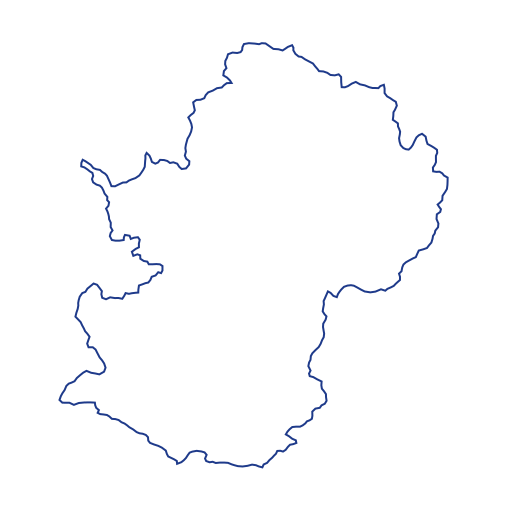 the district of Itabira, Minas Gerais, Brazil, rotated 274°
{"feature_id": "56859067B16136879944299", "entity_name": "Itabira", "entity_type": "district", "adm_level": 2, "iso_a3": "BRA", "parent_name": "Brazil", "parent_adm1": "Minas Gerais", "projection": "robinson", "projection_center": [-43.301, -19.603], "detail": "fine", "context": "isolated", "style": "outline", "palette": "blue", "viewbox_px": 512, "rotation_deg": 274, "n_neighbors": 0, "source": "geoboundaries", "source_scale": "gbopen_adm2", "svg_char_len": 5993}
<svg xmlns="http://www.w3.org/2000/svg" viewBox="0 0 512 512"><g transform="rotate(274 256 256)"><path d="M422.8,378.9L424.4,375.6L427.5,372.9L432.0,372.6L435.7,371.6L434.2,368.2L432.0,366.4L431.9,363.5L431.7,360.6L432.3,357.1L433.8,352.7L434.5,347.8L436.6,343.4L434.7,339.6L431.9,335.9L430.5,332.9L430.4,329.7L435.2,328.9L440.6,328.4L443.0,325.8L441.7,322.0L441.8,317.6L443.7,314.4L444.8,310.3L444.8,306.0L446.9,304.2L449.5,301.6L452.0,299.4L453.7,295.5L455.6,291.2L457.8,287.5L458.0,284.6L460.4,281.2L463.8,278.9L466.4,278.8L468.8,277.3L466.8,273.2L464.7,270.6L462.9,268.2L463.8,264.1L463.8,258.9L466.3,254.7L468.7,250.7L468.7,246.9L467.5,244.3L467.8,240.0L467.8,234.0L466.6,229.2L463.4,227.9L460.5,227.8L458.3,226.4L457.2,223.1L457.3,218.4L455.3,214.0L451.7,213.2L448.5,211.8L445.1,211.8L441.3,213.4L438.3,211.1L433.9,210.8L432.0,214.6L429.3,217.8L426.9,219.5L426.4,214.8L424.1,212.1L421.7,210.1L420.7,205.4L418.0,201.4L415.9,196.9L413.0,194.6L409.8,193.4L408.0,189.7L407.5,185.6L404.9,182.6L400.8,183.7L397.1,184.8L394.4,183.7L392.0,181.0L389.5,178.8L386.5,180.7L383.2,182.3L379.8,183.2L375.6,182.6L371.8,181.3L368.2,179.5L364.7,178.8L362.1,178.3L358.7,178.0L355.2,178.8L351.2,178.0L348.2,179.6L345.9,182.9L342.5,182.9L338.5,180.1L337.6,175.8L339.5,173.3L342.6,171.0L343.7,167.0L342.8,163.7L344.6,160.9L345.3,157.6L345.2,153.6L342.4,151.7L341.1,149.1L342.6,145.6L345.8,144.3L348.7,142.7L351.2,139.7L348.6,138.6L345.8,138.9L343.0,138.8L337.2,138.8L334.1,137.5L331.1,135.8L328.2,134.0L325.3,130.3L323.8,126.8L322.4,124.0L320.4,121.6L320.0,118.1L317.9,114.3L315.7,110.5L315.6,106.9L319.2,105.2L323.1,103.1L325.7,101.7L327.6,99.7L329.1,96.7L331.0,94.3L331.4,90.6L332.4,87.6L335.4,84.8L338.7,79.1L339.9,76.4L336.7,75.3L333.2,75.4L332.4,78.7L330.6,81.8L328.8,84.4L327.5,87.0L324.5,88.0L321.3,87.0L318.1,88.4L316.1,91.9L315.3,95.3L313.5,97.5L310.7,99.2L307.7,100.6L304.6,103.6L301.4,103.6L299.4,105.7L295.8,105.3L292.8,103.1L290.1,104.7L287.7,105.7L285.2,106.5L282.5,106.9L279.1,108.8L274.7,109.0L271.5,111.1L268.8,109.4L265.6,108.8L261.9,111.1L261.5,114.6L261.8,118.8L262.7,122.9L265.3,122.9L267.9,123.8L267.4,128.5L264.3,129.9L265.7,132.9L266.5,136.9L264.1,138.9L260.2,138.3L256.5,138.6L254.7,135.5L251.6,131.9L247.6,133.6L249.4,137.5L248.6,140.4L245.2,140.8L243.2,144.4L242.8,148.0L240.3,149.6L240.6,153.9L241.0,157.2L241.0,160.7L239.5,163.4L235.0,163.7L232.3,162.5L233.0,159.6L229.6,157.2L228.0,153.4L224.7,152.3L222.0,150.4L221.2,147.6L219.8,144.6L218.4,141.3L214.3,141.0L211.3,141.1L210.9,138.3L210.2,134.7L209.4,131.9L209.9,128.5L207.2,127.4L204.0,125.6L204.5,121.8L204.2,118.0L204.6,113.4L202.4,109.4L203.6,105.5L207.1,104.4L210.2,104.7L212.9,102.4L216.2,99.5L217.2,95.9L214.6,93.2L211.7,90.1L208.3,88.3L206.9,85.3L203.1,83.0L199.5,82.2L196.7,81.9L194.1,82.2L190.7,81.8L186.9,80.8L182.9,80.1L180.3,83.0L177.8,85.7L174.9,87.3L171.6,89.4L169.0,90.8L166.8,93.1L163.8,95.6L160.3,94.6L156.8,93.7L153.3,95.3L153.6,99.5L151.5,102.5L148.3,104.4L143.9,107.1L141.1,109.8L138.2,112.0L134.1,113.7L130.0,112.5L127.0,108.0L127.6,103.9L128.0,99.7L129.6,94.9L127.6,91.8L124.8,88.8L121.8,85.8L118.4,83.7L116.8,80.8L115.6,78.1L113.2,75.9L108.9,74.4L105.5,72.4L102.6,71.1L98.7,70.0L96.2,73.0L96.3,76.0L96.6,80.1L94.8,84.7L97.0,89.5L97.9,94.9L98.4,100.5L98.5,105.5L95.9,106.0L93.4,107.2L91.3,110.0L88.5,109.0L87.4,111.6L87.3,114.7L87.0,118.4L85.7,120.9L83.5,123.6L83.5,127.1L82.8,130.4L80.8,133.4L79.7,136.6L78.1,139.2L76.4,141.5L74.4,145.6L72.0,149.2L71.0,152.2L70.8,155.3L69.8,158.6L67.7,160.9L64.3,161.4L62.2,163.3L60.9,167.3L59.8,171.7L58.3,175.4L55.6,179.6L52.3,180.9L49.9,182.4L48.5,185.9L47.4,188.6L46.0,191.3L43.2,191.8L45.1,195.9L47.2,198.2L49.6,200.2L52.7,201.9L55.2,203.5L56.4,206.1L57.5,210.4L57.2,215.2L56.5,218.4L54.2,220.6L50.4,219.3L48.0,220.6L47.0,224.1L47.7,227.1L46.7,230.3L47.4,234.4L47.7,238.4L47.7,242.5L46.5,246.1L45.8,249.0L45.1,252.6L45.1,257.3L46.1,262.2L47.6,266.6L47.3,270.5L46.3,273.4L45.6,277.1L48.6,278.2L50.4,281.5L53.3,283.6L55.9,286.2L58.1,287.9L60.1,289.7L63.0,290.8L63.4,293.8L62.8,296.6L64.7,299.1L67.9,301.2L70.1,303.1L70.9,306.2L72.3,309.3L74.9,308.6L76.2,304.9L78.5,301.5L80.1,298.2L82.9,299.6L85.5,301.6L87.9,304.1L88.6,308.2L88.8,311.8L90.3,314.4L92.5,316.9L94.6,318.3L95.8,320.9L97.5,323.1L100.5,323.4L104.7,323.0L107.9,325.9L109.0,330.2L111.6,331.8L113.4,334.9L116.5,336.5L120.1,335.7L123.1,335.4L125.9,333.2L128.2,331.0L131.6,330.2L135.4,330.2L137.3,325.5L139.2,321.6L139.9,318.0L142.4,317.1L145.5,318.4L149.8,315.9L153.5,316.4L156.2,317.6L160.0,317.7L162.9,319.0L166.3,321.9L169.5,324.9L172.9,326.6L176.7,327.8L179.7,329.2L183.3,329.4L186.9,328.5L189.9,327.8L193.2,327.8L197.4,329.9L200.7,330.5L202.7,328.4L205.4,326.4L208.3,326.6L212.4,327.1L215.8,326.6L218.1,327.5L220.9,328.5L225.7,330.2L224.4,333.0L221.6,336.0L220.6,339.5L223.7,340.4L226.0,341.7L228.5,343.4L231.4,345.9L232.9,349.4L233.5,352.8L233.2,355.7L231.7,359.1L229.7,363.3L228.2,366.9L227.7,372.6L228.8,377.6L231.5,383.0L230.4,387.4L232.4,389.4L234.1,392.7L235.8,395.5L237.9,397.2L240.1,399.3L242.1,401.3L245.3,401.1L248.4,399.9L250.9,402.2L254.9,402.7L257.8,403.7L260.2,406.0L262.3,409.2L264.6,412.8L266.0,415.5L269.1,416.6L272.8,418.0L274.3,422.3L275.9,426.0L278.7,427.8L281.6,430.0L285.5,430.9L288.4,431.2L290.9,432.7L293.8,433.1L297.4,435.6L301.1,435.7L305.5,433.5L310.2,433.5L312.8,436.7L315.6,437.2L317.6,435.4L320.0,433.6L322.1,435.8L324.6,437.9L329.1,437.9L333.2,440.3L336.2,441.8L340.2,442.0L343.8,441.9L347.6,441.7L349.4,437.9L351.5,436.0L352.9,433.2L352.5,430.1L352.8,426.8L356.6,426.3L359.4,428.0L362.2,429.0L365.6,428.7L368.5,428.5L371.5,429.6L374.6,429.1L376.5,426.0L377.9,423.3L379.7,419.3L382.9,418.0L386.9,416.9L389.5,413.1L387.8,410.0L385.5,407.8L381.3,406.0L377.6,404.6L375.0,403.0L372.8,400.9L373.0,398.0L374.0,395.4L376.6,392.6L380.2,391.2L383.5,390.5L387.3,391.0L390.1,391.1L392.6,390.0L395.2,388.6L398.2,388.3L399.8,385.8L401.4,383.0L405.2,383.2L409.0,383.1L411.5,384.4L415.8,386.0L419.6,384.7L421.1,381.7L422.8,378.9Z" fill="none" stroke="#1e3a8a" stroke-width="2"/></g></svg>